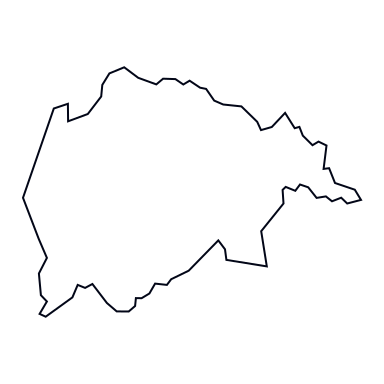 outline of Breathitt, Kentucky, United States of America
{"feature_id": "52423323B29918739133178", "entity_name": "Breathitt", "entity_type": "district", "adm_level": 2, "iso_a3": "USA", "parent_name": "United States of America", "parent_adm1": "Kentucky", "projection": "orthographic", "projection_center": [-83.252, 37.515], "detail": "fine", "context": "isolated", "style": "outline", "palette": "ink", "viewbox_px": 384, "rotation_deg": 0, "n_neighbors": 0, "source": "geoboundaries", "source_scale": "gbopen_adm2", "svg_char_len": 987}
<svg xmlns="http://www.w3.org/2000/svg" viewBox="0 0 384 384"><path d="M361.0,199.9L354.8,189.7L335.0,183.0L329.1,168.2L323.6,168.9L326.5,145.5L318.5,141.6L312.5,145.2L302.8,135.6L299.4,126.9L294.7,128.2L285.1,112.9L271.8,127.0L261.0,130.1L257.2,121.8L241.4,106.4L223.2,104.5L214.2,100.6L206.1,88.9L200.1,87.7L189.6,80.7L183.3,84.5L175.4,79.1L163.1,78.7L156.3,84.4L138.2,77.8L124.2,67.3L109.4,73.4L102.3,84.9L101.2,96.5L87.8,114.0L68.1,121.3L67.9,103.8L53.8,108.5L23.0,197.8L38.7,238.8L46.9,257.9L38.9,273.5L40.9,295.2L46.9,301.5L39.6,313.9L45.7,316.7L72.4,297.4L77.7,284.9L85.1,287.9L92.4,284.0L106.9,303.0L116.7,311.4L128.7,311.5L135.1,306.0L135.9,298.1L141.6,298.2L149.4,293.5L155.1,283.6L166.9,284.9L171.2,279.2L188.7,270.7L218.3,240.4L225.0,249.3L226.4,259.9L266.8,266.4L261.2,231.2L283.5,203.5L282.6,189.9L285.7,186.9L295.3,190.8L300.0,184.5L308.2,187.3L316.6,197.9L325.9,196.4L332.0,201.3L341.2,197.7L347.2,203.5L361.0,199.9Z" fill="none" stroke="#020617" stroke-width="2"/></svg>